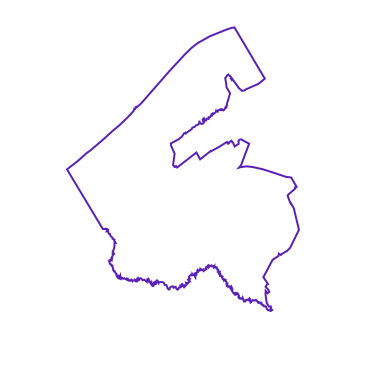 Rucavas pag., Rucavas, Latvia (Natural Earth projection), rotated 69°
{"feature_id": "27541924B59290429759101", "entity_name": "Rucavas pag.", "entity_type": "district", "adm_level": 2, "iso_a3": "LVA", "parent_name": "Latvia", "parent_adm1": "Rucavas", "projection": "natural_earth1", "projection_center": [21.143, 56.166], "detail": "fine", "context": "isolated", "style": "outline", "palette": "violet", "viewbox_px": 384, "rotation_deg": 69, "n_neighbors": 0, "source": "geoboundaries", "source_scale": "gbopen_adm2", "svg_char_len": 6119}
<svg xmlns="http://www.w3.org/2000/svg" viewBox="0 0 384 384"><g transform="rotate(69 192 192)"><path d="M53.6,93.4L53.0,96.0L52.7,101.3L53.0,119.5L55.0,133.3L57.2,140.5L60.6,148.6L70.8,169.3L91.3,208.2L93.1,213.1L91.7,214.0L92.7,213.6L93.3,214.2L94.3,215.9L94.4,216.4L94.1,216.4L95.5,217.6L99.2,225.2L103.7,235.9L106.6,244.4L110.9,255.4L116.7,271.8L117.9,276.3L122.0,287.1L126.1,300.6L194.6,288.5L195.6,285.7L196.4,285.4L195.7,285.1L196.9,283.9L198.2,285.6L198.5,284.4L201.1,284.7L201.7,283.7L203.8,283.8L206.5,282.5L207.3,282.9L208.7,281.5L209.3,282.0L211.7,281.6L211.1,282.3L215.3,284.0L218.4,286.3L219.1,287.3L221.7,287.0L221.2,288.3L222.9,288.6L224.3,290.5L224.9,290.2L225.7,290.5L225.6,291.0L226.9,291.5L226.0,292.2L226.0,293.2L227.0,293.3L226.9,294.1L227.7,293.8L228.6,294.4L229.9,294.3L230.9,293.2L231.4,293.5L232.2,292.9L232.4,293.3L233.4,292.9L236.4,293.5L238.1,293.3L238.2,292.6L240.6,292.4L241.2,291.9L242.3,292.3L244.1,291.9L244.3,292.3L246.1,291.7L246.6,291.1L246.0,291.3L245.5,290.7L243.9,290.6L244.4,289.9L245.3,289.8L244.4,289.0L245.8,289.3L246.1,289.0L245.8,288.4L246.5,288.9L247.6,288.5L247.2,287.9L248.6,286.7L248.4,285.9L250.2,284.7L249.6,283.8L251.4,283.5L251.7,283.1L251.3,282.6L252.1,282.6L252.1,281.8L252.7,281.6L252.1,280.0L253.9,279.6L253.3,278.8L253.8,277.7L253.5,277.2L254.4,277.2L254.9,276.7L254.3,276.6L255.2,276.4L255.5,275.7L255.0,275.6L255.2,275.2L254.5,275.3L254.7,274.5L254.0,275.0L254.0,274.4L253.4,274.2L253.9,273.5L253.3,273.1L254.8,272.7L254.1,271.6L254.1,270.7L256.7,269.7L256.7,268.1L259.4,266.6L258.6,266.4L258.1,265.4L257.4,264.9L257.3,263.7L258.0,263.7L258.7,265.0L259.3,264.9L260.3,264.5L260.6,264.0L260.3,263.6L262.6,263.3L262.0,262.7L264.2,263.1L265.8,262.3L265.8,261.5L265.3,261.3L264.7,261.3L264.3,262.0L263.6,261.7L263.8,260.9L263.0,260.5L264.7,259.6L264.9,258.9L263.1,258.6L263.6,258.0L261.9,256.9L261.9,256.3L262.7,255.9L263.7,256.5L265.3,255.9L264.5,255.2L264.6,254.3L265.5,251.9L266.5,250.9L269.0,250.8L269.8,249.2L273.3,249.3L274.8,248.5L274.7,247.7L273.7,247.3L273.0,245.9L272.9,244.4L273.6,243.7L274.7,243.6L274.8,243.1L274.3,242.8L274.8,242.5L274.7,241.3L277.1,241.1L277.8,240.5L277.4,240.2L277.6,239.4L276.4,238.1L276.8,237.1L275.9,236.7L276.2,236.6L275.9,236.1L276.5,235.9L276.3,235.4L274.7,235.1L274.4,234.4L275.1,234.3L275.0,233.9L277.0,233.8L276.7,232.9L277.9,233.1L276.6,230.5L274.8,230.2L276.0,229.3L276.0,228.6L275.7,228.4L275.1,228.8L275.2,227.5L274.4,226.8L274.6,226.3L272.9,226.9L273.2,226.0L272.4,225.9L272.3,225.3L271.6,226.0L270.7,225.2L270.0,225.2L268.8,222.6L269.2,222.0L270.5,222.1L268.7,221.2L269.7,221.0L270.3,219.8L272.6,219.4L270.7,218.6L269.0,218.7L268.9,217.6L270.3,218.1L270.7,217.5L269.1,216.7L268.8,215.9L267.2,214.7L268.5,214.4L268.0,213.7L267.4,214.3L267.5,212.4L266.9,212.0L268.1,211.8L267.7,210.6L268.7,210.2L269.0,209.8L268.8,209.4L269.9,209.5L269.1,206.7L268.7,206.4L268.3,206.7L267.9,206.2L268.2,206.0L267.3,205.8L267.2,204.5L267.9,204.1L267.1,203.9L267.2,203.4L266.5,203.6L266.2,203.0L267.8,202.4L267.2,201.4L268.2,200.4L267.7,199.9L268.8,198.8L270.0,198.9L269.4,197.9L270.0,198.2L270.8,197.7L270.1,197.1L271.0,196.1L272.8,195.8L273.5,196.3L274.4,195.4L275.4,195.5L275.7,196.1L276.2,195.3L276.8,196.1L277.6,196.1L277.2,195.1L277.9,195.5L278.3,194.9L279.8,195.7L280.1,195.2L280.5,195.5L280.8,194.5L281.4,194.5L281.9,193.8L282.9,194.2L282.6,194.6L284.6,194.5L285.5,193.5L286.2,193.7L285.9,192.9L286.5,192.6L285.7,192.5L286.2,192.0L286.9,192.4L289.3,192.1L289.7,192.7L291.4,193.0L291.2,192.4L292.0,192.9L292.0,192.4L293.4,192.3L293.0,191.6L292.6,191.7L293.8,190.8L294.1,189.7L294.6,189.7L294.2,189.2L296.3,189.1L295.9,190.6L297.7,190.2L297.7,189.4L299.3,190.1L301.3,189.3L301.6,188.3L301.8,189.0L302.4,188.4L302.5,189.0L303.5,188.6L303.6,188.0L302.7,187.5L302.4,186.9L303.7,186.1L303.4,185.6L305.6,185.3L306.6,186.4L307.6,186.2L307.5,185.6L308.6,185.6L309.1,184.8L308.8,184.3L309.7,183.5L308.8,182.6L312.9,182.7L313.1,182.0L312.6,181.4L313.0,181.2L312.3,180.4L312.6,179.8L312.2,179.2L313.4,177.9L312.7,177.8L312.7,177.2L311.9,176.5L313.0,176.1L313.1,176.6L316.2,177.0L316.1,176.4L315.2,176.2L315.4,175.4L314.7,174.1L315.4,173.5L315.7,171.1L316.4,171.0L316.4,170.5L318.4,170.0L318.6,169.2L319.5,169.5L320.0,167.2L320.6,166.8L321.2,166.9L321.5,167.5L323.7,166.5L323.0,166.5L323.3,165.7L324.5,165.7L325.3,164.0L327.7,164.1L329.6,163.4L331.3,160.9L330.7,160.4L330.9,159.6L330.3,159.6L329.6,160.8L329.3,159.8L327.0,159.5L326.6,161.2L322.4,162.0L314.0,160.1L310.8,158.7L313.6,157.8L312.9,155.6L310.3,155.9L306.9,157.3L305.2,155.0L305.1,154.0L297.1,155.9L284.1,140.9L282.8,134.3L280.7,133.0L282.6,131.7L282.0,130.1L281.0,124.2L279.2,120.3L265.6,105.7L243.7,102.8L238.0,103.7L238.1,104.1L229.8,104.1L228.9,103.0L225.7,94.2L224.6,94.2L224.6,92.5L214.0,94.2L211.7,98.6L196.4,117.4L190.6,126.1L187.7,131.6L186.3,137.3L186.1,139.4L185.0,137.3L183.6,135.7L167.4,121.4L160.4,127.3L160.2,128.8L161.3,130.5L163.7,131.1L164.8,135.9L160.3,136.0L160.1,136.5L158.2,136.8L159.1,140.1L159.6,140.0L159.9,141.0L157.8,141.5L159.6,150.5L160.8,159.7L160.4,159.8L164.4,172.7L156.7,173.7L163.8,197.1L162.2,197.6L162.5,198.6L162.0,198.8L162.2,199.3L160.0,200.0L150.0,194.5L141.2,194.9L139.1,194.3L137.9,185.3L136.6,181.4L134.3,178.2L135.1,177.0L134.4,176.5L134.8,176.0L133.2,169.8L132.0,168.5L132.2,166.3L131.2,164.4L131.2,161.7L130.3,160.6L128.1,159.6L129.8,159.9L131.3,159.3L131.9,158.6L131.9,156.6L131.1,155.8L129.5,156.3L129.0,155.6L128.2,156.0L127.4,154.5L129.9,154.5L130.3,153.2L129.0,152.5L128.8,151.9L129.7,150.3L128.2,149.6L128.7,148.7L128.4,147.9L127.5,147.1L127.6,146.3L126.9,146.0L127.5,145.7L126.2,144.6L126.8,144.0L126.4,143.4L126.7,143.1L125.7,140.9L124.6,140.2L126.2,139.2L125.0,138.0L125.6,136.3L124.9,135.9L125.0,135.5L125.9,135.5L126.3,134.8L125.7,134.3L126.9,133.4L126.6,133.1L126.8,132.4L125.8,131.4L125.8,130.7L125.0,130.5L125.1,129.5L124.6,129.5L123.8,128.9L123.6,128.1L122.8,128.2L113.5,121.1L106.8,122.2L97.5,120.1L95.4,116.8L95.3,116.1L97.9,114.7L99.8,114.1L100.1,115.1L101.9,114.6L101.5,113.7L112.0,110.9L115.6,108.9L116.0,106.8L115.5,105.1L114.8,90.9L112.3,83.4L53.6,93.4Z" fill="none" stroke="#5b21b6" stroke-width="2"/></g></svg>